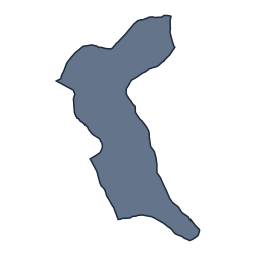 Yorro, Taraba, Nigeria (Equal Earth projection)
{"feature_id": "59680162B40051654285197", "entity_name": "Yorro", "entity_type": "district", "adm_level": 2, "iso_a3": "NGA", "parent_name": "Nigeria", "parent_adm1": "Taraba", "projection": "equal_earth", "projection_center": [11.57, 8.882], "detail": "fine", "context": "isolated", "style": "filled", "palette": "slate", "viewbox_px": 256, "rotation_deg": 0, "n_neighbors": 0, "source": "geoboundaries", "source_scale": "gbopen_adm2", "svg_char_len": 2617}
<svg xmlns="http://www.w3.org/2000/svg" viewBox="0 0 256 256"><path d="M90.2,158.9L96.9,171.3L98.8,178.6L100.0,183.0L101.2,185.8L104.0,188.6L105.2,190.8L106.7,195.7L107.0,196.5L109.3,200.1L111.6,204.4L113.9,207.9L115.1,211.5L116.3,214.4L118.1,219.5L120.3,219.3L121.9,218.5L123.5,218.4L125.7,218.3L128.4,218.1L130.0,218.0L132.6,216.4L135.9,216.2L138.0,215.3L140.2,215.2L142.3,215.0L145.6,215.6L148.3,216.1L151.6,216.7L154.4,218.0L163.8,223.3L167.1,226.1L171.0,228.8L173.8,232.3L175.0,233.7L177.7,234.9L179.4,235.6L181.6,236.3L184.3,238.3L187.1,239.4L189.8,240.6L192.9,239.2L195.9,237.3L198.2,235.3L199.7,230.4L199.5,229.9L199.4,229.5L195.0,224.9L192.4,221.5L191.0,219.6L190.7,220.8L189.6,219.5L187.9,216.7L185.2,214.9L181.8,212.6L181.3,211.9L178.3,207.0L175.6,204.9L172.2,202.2L169.4,197.9L167.6,193.6L166.4,190.7L164.6,187.1L161.7,180.7L160.5,177.8L157.0,172.8L156.9,169.2L156.9,164.3L156.6,162.3L156.0,157.7L154.3,151.5L152.9,149.6L150.7,146.7L150.0,142.3L149.3,137.2L149.2,133.5L148.5,130.6L146.2,126.4L143.4,122.8L141.7,120.7L140.1,119.3L137.1,115.1L135.4,112.3L135.3,109.3L135.2,106.4L133.0,104.3L130.7,100.8L129.0,98.7L126.7,95.1L126.0,91.5L126.4,88.5L128.5,85.4L130.0,82.4L131.6,80.1L133.2,79.2L137.4,76.8L139.5,75.2L142.2,73.4L143.2,72.7L145.4,71.9L147.5,70.3L149.6,68.7L152.3,67.8L156.0,66.8L156.9,66.5L158.1,65.9L160.2,64.0L161.9,62.5L162.3,62.0L163.9,61.2L165.0,59.6L166.5,58.1L169.7,54.9L171.2,52.6L172.2,51.1L173.8,48.8L174.8,47.2L173.7,45.8L173.1,43.7L172.4,41.5L171.8,39.3L171.2,37.2L170.5,34.2L169.9,32.1L170.4,29.1L170.3,26.9L170.2,24.0L170.1,21.0L170.5,18.8L171.0,16.3L169.9,15.9L166.1,15.4L163.9,15.5L161.8,17.1L158.0,17.3L154.8,17.5L153.0,17.0L152.6,16.9L150.4,17.0L149.4,17.1L143.0,19.7L140.8,19.8L137.6,20.8L133.9,23.9L130.8,27.8L128.7,30.1L125.6,34.0L122.5,37.2L119.7,40.2L118.3,41.8L116.2,43.4L115.2,45.0L113.6,46.5L112.6,48.1L110.4,48.9L105.5,48.5L102.0,47.5L101.2,47.3L99.0,47.4L96.8,46.1L91.9,44.9L85.4,46.0L83.2,46.2L81.1,47.8L77.9,50.6L75.3,52.5L73.3,54.9L71.2,57.2L67.6,61.8L66.5,63.4L65.5,66.4L64.1,70.2L63.1,72.4L61.5,75.5L61.1,77.7L60.0,79.3L57.9,80.1L56.3,81.0L67.6,87.1L73.3,90.2L74.8,94.2L73.4,98.9L74.4,112.4L74.7,112.9L74.8,114.0L75.3,114.3L75.4,114.9L75.8,116.2L76.3,116.7L76.8,117.2L76.8,118.0L77.7,118.4L78.4,118.7L78.8,119.5L79.3,119.8L79.7,120.4L80.0,120.9L80.5,121.5L81.2,121.6L82.3,122.4L82.8,123.0L83.3,123.3L83.9,123.5L83.9,124.0L84.7,125.0L85.6,124.5L86.4,126.0L87.9,127.3L88.5,129.1L90.0,131.2L92.1,133.7L94.0,135.3L99.5,138.7L100.6,140.9L101.8,143.0L102.4,145.2L102.2,148.3L100.0,152.7L96.6,155.0L90.2,158.9Z" fill="#64748b" stroke="#1e293b" stroke-width="1.5"/></svg>